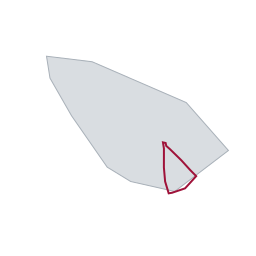 Choiseul on a map of Saint Lucia (Mercator projection), rotated 291°
{"feature_id": "LCA-5078", "entity_name": "Choiseul", "entity_type": "Quarter", "adm_level": 1, "iso_a3": "LCA", "parent_name": "Saint Lucia", "parent_adm1": "", "projection": "mercator", "projection_center": [-61.017, 13.796], "detail": "fine", "context": "in_parent", "style": "outline", "palette": "rose", "viewbox_px": 256, "rotation_deg": 291, "n_neighbors": 0, "source": "natural_earth", "source_scale": "10m", "svg_char_len": 505}
<svg xmlns="http://www.w3.org/2000/svg" viewBox="0 0 256 256"><g transform="rotate(291 128 128)"><path d="M172.6,173.3L143.0,229.8L85.5,194.3L79.0,149.7L84.0,122.6L119.2,70.9L146.6,37.3L165.8,26.2L177.0,70.8L172.6,173.3Z" fill="#d9dde1" stroke="#a8b0b8" stroke-width="1"/><path d="M107.5,208.9L92.1,202.9L83.3,192.3L81.6,189.4L91.4,181.8L103.9,175.7L121.7,168.9L127.1,165.8L127.5,168.5L125.0,170.1L123.3,174.7L116.9,189.5L111.1,201.0L107.5,208.9Z" fill="none" stroke="#9f1239" stroke-width="2"/></g></svg>